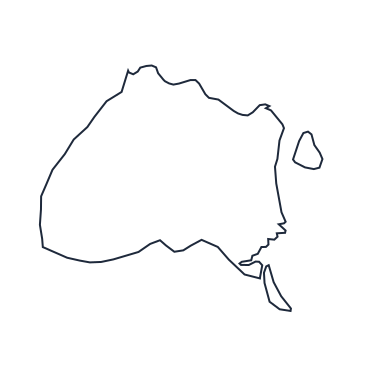 the district of Paechon, Hwanghae-namdo, North Korea, rotated 293°
{"feature_id": "82179303B51934598994225", "entity_name": "Paechon", "entity_type": "district", "adm_level": 2, "iso_a3": "PRK", "parent_name": "North Korea", "parent_adm1": "Hwanghae-namdo", "projection": "orthographic", "projection_center": [126.283, 37.948], "detail": "fine", "context": "isolated", "style": "outline", "palette": "slate", "viewbox_px": 384, "rotation_deg": 293, "n_neighbors": 0, "source": "geoboundaries", "source_scale": "gbopen_adm2", "svg_char_len": 1577}
<svg xmlns="http://www.w3.org/2000/svg" viewBox="0 0 384 384"><g transform="rotate(293 192 192)"><path d="M284.2,121.8L288.1,114.4L292.7,110.2L292.7,105.5L290.2,100.8L286.3,95.8L281.7,95.0L277.4,91.9L277.4,87.2L278.7,85.8L256.6,88.1L242.2,77.9L223.0,72.8L210.9,70.3L194.1,62.6L177.2,60.1L158.0,54.9L141.1,54.9L129.1,54.8L116.9,59.8L102.4,64.8L90.3,72.4L83.0,76.2L83.0,80.0L82.9,85.0L82.8,95.1L82.7,102.7L85.0,115.4L87.3,125.5L92.1,135.7L99.2,145.9L115.9,166.2L127.9,173.8L135.1,181.4L132.6,189.0L130.1,199.1L134.9,206.8L142.1,211.8L151.7,219.5L151.5,237.2L144.1,252.4L136.6,272.6L139.0,288.3L140.3,287.9L152.0,285.3L154.0,281.0L152.8,277.7L147.0,272.8L144.0,265.6L144.7,263.7L147.2,265.1L152.3,273.2L156.9,272.5L160.8,276.7L168.5,277.4L170.3,281.5L173.5,282.9L178.5,280.5L180.3,286.4L184.3,288.2L187.1,286.2L190.8,293.6L193.1,293.2L196.2,284.5L199.1,288.9L201.2,289.8L205.1,285.7L208.3,282.3L232.8,266.2L247.7,258.5L255.8,257.7L273.6,252.4L286.7,251.7L289.6,248.8L297.8,233.2L298.0,232.7L298.0,227.3L301.3,229.6L301.3,225.2L298.4,220.4L289.1,216.8L284.3,213.4L282.7,208.4L282.3,203.7L282.9,198.8L287.4,180.2L285.3,170.8L287.2,166.1L294.6,156.2L296.4,151.5L294.4,146.8L286.7,137.6L283.6,132.9L283.0,128.5L283.4,123.8L284.2,121.8ZM273.3,299.2L278.1,294.2L283.0,286.3L291.7,279.5L292.9,275.2L289.8,271.5L280.8,270.7L261.4,272.3L259.6,275.3L258.8,286.4L260.7,295.2L264.2,299.8L273.3,299.2ZM123.4,328.6L130.9,314.8L140.9,302.4L154.6,291.2L152.5,289.4L145.8,289.8L136.6,294.3L121.3,306.3L118.3,318.5L121.0,329.2L123.4,328.6Z" fill="none" stroke="#1e293b" stroke-width="2"/></g></svg>